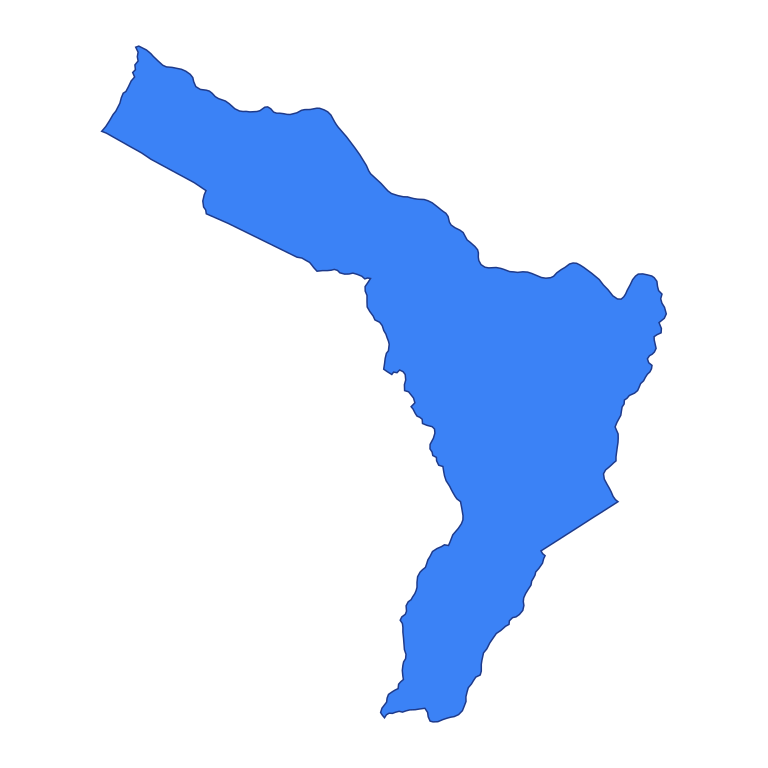 the district of Araçatuba, São Paulo, Brazil
{"feature_id": "56859067B55105103100347", "entity_name": "Araçatuba", "entity_type": "district", "adm_level": 2, "iso_a3": "BRA", "parent_name": "Brazil", "parent_adm1": "São Paulo", "projection": "orthographic", "projection_center": [-50.576, -21.143], "detail": "fine", "context": "isolated", "style": "filled", "palette": "blue", "viewbox_px": 768, "rotation_deg": 0, "n_neighbors": 0, "source": "geoboundaries", "source_scale": "gbopen_adm2", "svg_char_len": 5319}
<svg xmlns="http://www.w3.org/2000/svg" viewBox="0 0 768 768"><path d="M651.8,276.0L647.5,274.9L642.8,273.9L638.2,274.1L635.5,276.1L632.6,279.7L630.3,284.6L627.2,290.3L625.7,293.8L623.8,296.8L621.2,299.1L617.5,299.0L612.8,295.8L608.0,289.7L603.3,284.9L599.2,279.5L591.6,273.2L588.6,271.0L583.9,267.5L580.0,265.0L576.6,263.3L573.1,263.0L569.5,264.0L565.0,267.4L561.2,269.6L556.8,272.8L553.6,276.3L550.6,277.7L545.8,278.2L541.4,277.5L531.9,273.5L527.6,272.1L522.8,271.8L517.6,272.4L513.9,271.9L509.7,271.6L503.9,269.4L500.8,268.4L496.1,267.5L488.7,267.9L484.9,267.2L481.0,264.6L478.8,260.5L478.3,257.1L478.4,252.9L477.6,249.8L475.0,246.6L470.4,242.5L467.1,239.9L465.2,236.4L463.2,232.6L460.0,230.2L454.9,227.7L451.1,225.0L449.4,222.1L448.1,216.5L445.9,213.3L443.4,211.6L441.0,209.8L438.6,207.8L432.2,202.8L427.9,200.7L424.1,199.5L417.8,199.2L413.9,198.6L410.7,197.8L407.6,196.9L403.5,196.8L397.9,195.6L391.4,193.5L388.0,191.0L385.0,187.8L381.1,183.5L370.6,173.8L368.7,170.8L366.4,165.5L359.8,154.8L354.9,147.9L346.6,136.9L338.3,127.3L336.4,124.7L334.7,122.0L330.9,115.0L327.7,111.8L324.2,109.9L319.7,108.3L316.8,108.2L310.1,109.5L304.7,109.6L301.5,110.3L296.9,112.8L290.2,114.5L287.1,114.4L283.7,113.7L279.7,113.2L276.7,113.2L273.6,112.1L270.8,108.8L267.7,106.9L264.8,107.2L259.9,110.7L257.0,111.5L249.9,111.9L246.2,111.4L243.0,111.5L239.5,111.0L234.9,108.8L229.2,103.7L225.4,101.0L218.5,98.6L215.2,96.6L212.2,93.3L209.4,91.1L206.4,90.2L200.3,89.4L195.8,86.6L193.7,81.7L192.8,77.6L190.2,74.3L185.8,71.2L181.5,69.3L172.2,67.4L166.4,66.9L162.7,65.2L158.2,61.1L153.2,56.3L150.9,53.7L146.5,50.0L138.8,46.1L135.7,47.2L138.1,52.2L137.3,56.7L138.1,61.0L134.9,64.9L135.4,69.7L132.7,72.5L134.6,77.0L131.2,80.9L128.3,87.0L125.9,91.5L123.2,93.2L121.3,97.8L119.9,103.2L115.8,111.2L113.1,114.5L109.4,120.9L105.8,126.5L101.7,131.3L106.3,133.1L129.5,146.2L141.7,153.0L151.0,159.3L194.3,182.7L206.0,190.6L204.2,194.9L202.8,201.0L203.6,207.0L205.7,210.0L206.3,213.8L228.2,223.4L252.0,235.1L297.0,257.2L301.8,258.0L306.5,260.7L309.6,262.4L311.6,264.8L313.8,267.7L317.0,271.2L322.4,270.6L327.3,270.6L331.2,270.2L334.3,269.4L337.5,270.4L339.8,272.8L344.6,274.1L349.0,274.0L352.9,273.1L357.3,274.4L361.8,276.2L364.8,278.9L367.6,278.0L370.5,278.5L367.8,282.7L365.1,286.6L365.2,291.1L367.0,295.4L367.0,301.8L367.2,307.0L369.8,311.5L373.2,316.1L374.9,319.9L379.7,322.3L382.2,325.6L383.8,330.6L385.9,334.1L387.1,337.7L388.5,341.3L389.2,344.3L388.4,350.8L386.4,353.3L385.2,358.3L384.6,363.2L383.7,369.2L387.3,371.7L391.8,374.5L393.6,372.1L397.0,372.7L399.6,370.0L403.1,371.7L405.2,374.5L405.7,380.0L404.4,384.7L404.6,390.6L408.6,391.8L413.5,398.0L414.9,402.8L411.1,406.7L413.0,409.0L415.2,413.3L417.0,416.1L419.8,417.3L422.2,419.3L422.5,423.5L426.9,425.3L432.2,426.7L434.5,429.0L434.9,433.1L433.4,438.2L430.1,444.4L430.0,448.9L432.1,452.1L432.8,455.5L436.4,457.4L436.6,460.8L438.7,465.2L442.9,466.5L443.7,471.5L444.5,475.8L446.1,480.7L449.7,486.3L451.2,489.4L452.8,492.4L455.0,496.2L456.9,498.9L460.5,501.6L461.8,508.4L463.0,515.7L462.9,519.9L461.4,523.8L458.3,528.4L452.8,534.8L451.3,538.7L449.9,542.3L448.5,545.5L444.4,544.8L441.5,546.6L437.1,548.5L432.5,551.5L430.1,556.3L427.9,559.8L426.7,563.7L425.4,567.4L422.4,569.8L420.1,572.1L417.6,576.7L417.0,582.3L417.0,587.3L416.1,590.6L414.8,593.7L412.7,596.8L411.1,599.7L408.2,601.8L406.1,605.8L406.5,611.2L405.3,614.3L401.8,616.9L400.2,620.2L402.4,623.5L402.9,627.4L402.9,632.2L403.5,637.9L404.0,644.3L404.4,649.6L406.0,654.3L405.6,658.7L403.6,661.9L402.9,665.3L402.3,670.4L402.8,675.7L403.4,679.5L400.7,681.8L398.6,684.2L398.1,688.6L395.0,690.1L392.2,691.8L388.5,694.4L387.1,698.1L386.6,702.1L384.4,705.0L382.0,708.1L380.6,712.5L382.4,715.3L384.5,717.8L386.4,714.8L389.1,713.2L392.5,713.4L395.3,712.3L399.1,711.3L402.5,712.1L405.9,710.9L409.7,709.9L415.2,709.7L419.5,709.0L424.9,708.3L427.6,712.4L428.2,716.8L430.1,721.1L433.0,721.9L437.9,721.7L442.8,719.6L446.7,718.3L450.6,717.2L454.2,716.6L458.6,714.6L462.4,710.7L463.9,707.0L466.0,701.5L465.9,696.8L467.1,691.8L468.3,687.7L471.5,683.9L473.4,680.7L475.8,677.1L480.2,675.0L481.3,671.1L481.3,668.0L481.3,664.3L481.9,660.4L483.5,652.9L486.8,648.9L489.8,642.9L493.3,637.8L496.3,633.5L501.0,630.3L505.5,626.3L509.0,624.4L509.4,620.8L512.6,617.6L516.0,616.9L519.4,614.5L522.8,610.4L523.9,605.5L523.3,601.6L523.7,597.9L525.6,593.6L528.1,589.5L531.0,585.1L531.7,581.0L533.5,578.0L535.0,575.2L535.7,572.0L538.8,568.5L542.5,563.2L543.7,558.6L545.1,555.7L542.6,553.6L541.0,550.9L582.6,524.3L591.9,518.3L595.2,516.2L597.8,514.6L618.0,501.7L615.4,499.6L613.1,496.4L611.1,491.7L609.2,488.0L607.0,484.2L604.3,479.1L603.5,473.8L605.6,469.9L608.6,467.5L611.3,465.1L613.7,462.8L616.0,460.9L616.0,456.8L616.5,452.9L617.3,447.0L618.0,442.4L618.2,438.2L618.1,433.9L616.3,429.8L615.1,426.9L616.9,422.5L619.1,418.4L620.8,415.3L621.5,410.6L622.1,407.0L624.1,404.0L624.4,400.0L626.9,398.4L629.3,395.5L634.6,393.1L637.6,390.6L639.0,387.5L640.6,383.6L643.6,380.8L645.4,377.3L647.4,374.2L649.9,371.9L651.5,368.8L652.0,365.4L648.7,362.7L647.4,358.8L649.5,355.7L652.2,354.2L654.4,352.0L656.1,348.4L655.2,344.3L654.2,339.9L654.1,336.7L657.0,334.7L661.1,332.8L661.4,328.5L659.0,322.6L664.3,318.3L666.3,313.9L664.5,307.3L661.9,303.1L660.7,298.8L662.0,294.1L658.6,290.6L657.5,286.3L656.9,281.3L654.2,277.7L651.8,276.0Z" fill="#3b82f6" stroke="#1e3a8a" stroke-width="1.5"/></svg>